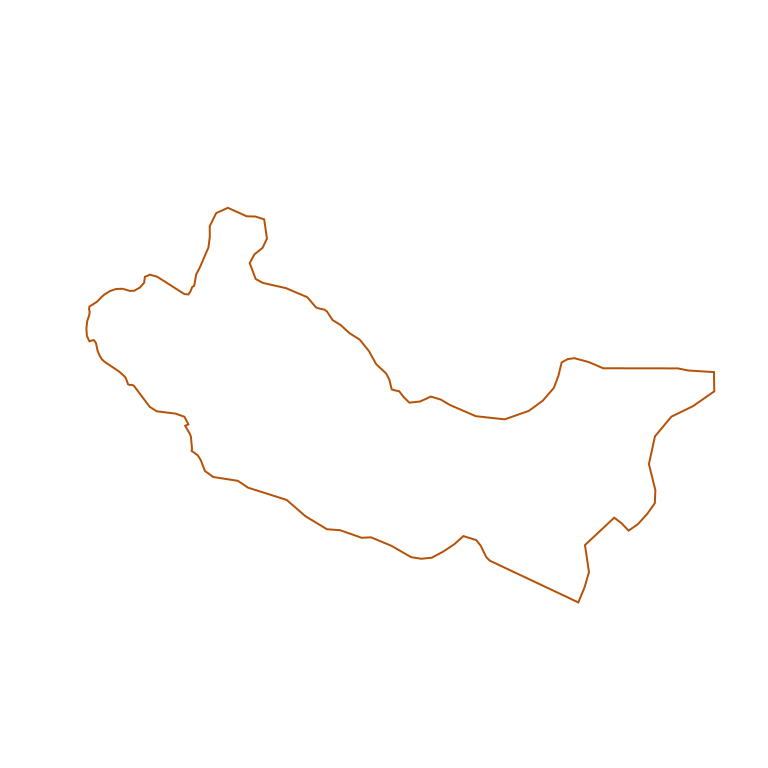 Elazig, Robinson projection, rotated 27°
{"feature_id": "TUR-2282", "entity_name": "Elazig", "entity_type": "Province", "adm_level": 1, "iso_a3": "TUR", "parent_name": "Turkey", "parent_adm1": "", "projection": "robinson", "projection_center": [39.185, 38.778], "detail": "fine", "context": "isolated", "style": "outline", "palette": "amber", "viewbox_px": 768, "rotation_deg": 27, "n_neighbors": 0, "source": "natural_earth", "source_scale": "10m", "svg_char_len": 1858}
<svg xmlns="http://www.w3.org/2000/svg" viewBox="0 0 768 768"><g transform="rotate(27 384 384)"><path d="M452.1,372.8L480.4,371.0L507.6,360.7L525.3,342.1L533.0,326.9L537.1,310.3L535.7,297.7L532.5,284.1L536.3,278.5L541.8,274.6L556.5,271.5L572.1,270.5L638.7,236.7L648.8,233.9L672.6,223.6L681.6,240.6L669.4,263.4L654.9,282.6L649.2,307.6L656.4,335.1L674.0,355.4L679.4,367.2L677.5,380.3L673.7,394.0L668.5,403.6L658.8,400.2L649.8,398.6L636.2,436.3L652.0,458.5L655.0,474.0L656.3,490.4L558.5,493.4L553.7,491.8L543.6,484.2L537.1,481.2L523.8,483.5L519.3,495.0L512.8,506.5L505.4,517.1L496.5,522.8L486.7,526.0L464.2,524.8L442.1,526.5L433.8,531.2L411.3,534.2L399.1,539.3L374.2,537.5L350.0,531.5L309.9,538.1L297.8,536.6L274.1,544.4L263.9,542.8L255.3,535.0L250.4,532.1L242.9,530.9L242.5,529.1L235.8,518.5L233.4,516.4L225.8,511.5L228.0,508.8L221.1,503.8L211.8,505.0L193.9,511.5L185.6,510.7L161.9,499.1L159.8,499.2L158.0,500.3L156.0,500.4L151.3,496.0L149.9,495.2L142.0,493.1L125.1,491.1L121.3,490.0L117.8,487.9L113.9,484.6L108.7,478.2L105.4,476.6L102.1,479.7L97.4,476.0L93.6,469.6L91.0,462.6L90.1,456.6L89.0,453.3L87.1,451.1L86.4,448.6L90.8,441.3L92.8,434.8L94.3,431.1L97.6,425.7L102.1,421.0L107.9,417.8L115.1,416.5L119.1,414.3L122.7,408.9L124.3,402.6L122.3,397.1L125.9,392.8L133.3,391.4L165.3,394.5L169.1,393.0L169.5,389.4L169.1,384.7L170.3,382.6L166.9,371.6L167.0,363.9L165.6,342.0L161.9,331.8L157.1,322.6L156.9,307.9L164.9,297.9L185.6,296.9L193.3,293.2L202.5,291.7L213.7,307.6L214.0,317.8L209.7,327.3L209.4,337.2L222.0,348.7L230.3,348.9L253.1,343.1L276.2,341.5L288.6,346.6L291.4,346.3L297.1,344.8L300.1,345.2L309.2,350.4L318.4,351.1L330.2,354.4L342.2,355.5L355.6,361.5L368.1,369.9L381.0,373.6L386.7,377.6L393.3,385.3L395.8,384.9L400.9,383.6L407.9,386.9L415.1,389.1L424.1,383.2L431.5,373.9L441.7,372.1L452.1,372.8Z" fill="none" stroke="#b45309" stroke-width="2"/></g></svg>